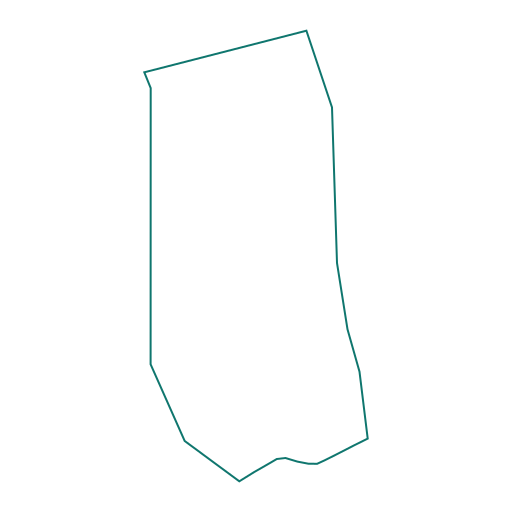 San Pablo La Laguna, Sololá, Guatemala (Robinson projection)
{"feature_id": "79465075B65058222740389", "entity_name": "San Pablo La Laguna", "entity_type": "district", "adm_level": 2, "iso_a3": "GTM", "parent_name": "Guatemala", "parent_adm1": "Sololá", "projection": "robinson", "projection_center": [-91.277, 14.73], "detail": "fine", "context": "isolated", "style": "outline", "palette": "teal", "viewbox_px": 512, "rotation_deg": 0, "n_neighbors": 0, "source": "geoboundaries", "source_scale": "gbopen_adm2", "svg_char_len": 388}
<svg xmlns="http://www.w3.org/2000/svg" viewBox="0 0 512 512"><path d="M367.7,438.6L359.5,371.7L347.5,329.3L337.0,263.0L332.0,107.4L306.4,30.7L144.3,72.3L150.7,88.1L150.6,364.3L184.7,441.0L239.3,481.3L254.1,472.1L270.5,462.7L276.8,459.0L285.4,458.0L297.4,461.6L308.3,463.7L317.1,463.8L324.5,460.4L335.7,454.8L354.2,445.3L367.7,438.6Z" fill="none" stroke="#0f766e" stroke-width="2"/></svg>